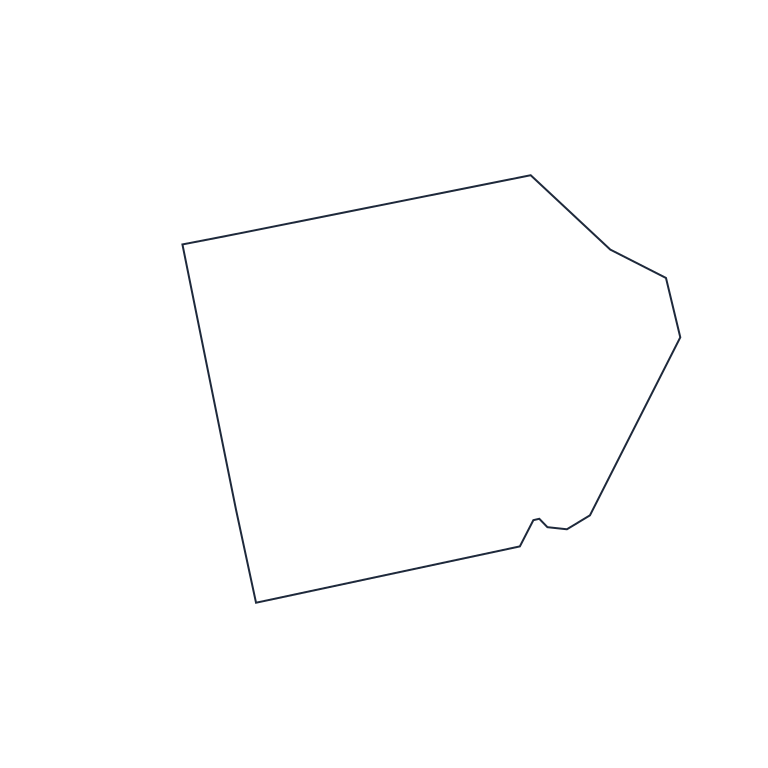 the district of Lavaca, Texas, United States of America, rotated 118°
{"feature_id": "52423323B4330471688052", "entity_name": "Lavaca", "entity_type": "district", "adm_level": 2, "iso_a3": "USA", "parent_name": "United States of America", "parent_adm1": "Texas", "projection": "albers", "projection_center": [-96.939, 29.348], "detail": "fine", "context": "isolated", "style": "outline", "palette": "slate", "viewbox_px": 768, "rotation_deg": 118, "n_neighbors": 0, "source": "geoboundaries", "source_scale": "gbopen_adm2", "svg_char_len": 346}
<svg xmlns="http://www.w3.org/2000/svg" viewBox="0 0 768 768"><g transform="rotate(118 384 384)"><path d="M203.7,144.3L158.0,184.8L159.1,247.3L130.8,352.5L327.2,592.6L355.4,627.5L564.4,455.7L637.2,394.3L463.6,187.8L434.1,188.2L430.1,183.6L433.7,172.5L426.4,154.3L403.3,140.5L203.7,144.3Z" fill="none" stroke="#1e293b" stroke-width="2"/></g></svg>